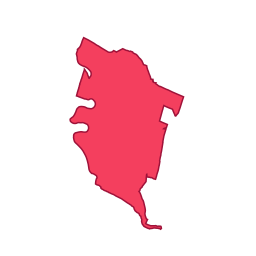 Iancu Jianu, Olt, Romania, rotated 227°
{"feature_id": "2599482B6640532934930", "entity_name": "Iancu Jianu", "entity_type": "district", "adm_level": 2, "iso_a3": "ROU", "parent_name": "Romania", "parent_adm1": "Olt", "projection": "equal_earth", "projection_center": [24.005, 44.501], "detail": "fine", "context": "isolated", "style": "filled", "palette": "rose", "viewbox_px": 256, "rotation_deg": 227, "n_neighbors": 0, "source": "geoboundaries", "source_scale": "gbopen_adm2", "svg_char_len": 5686}
<svg xmlns="http://www.w3.org/2000/svg" viewBox="0 0 256 256"><g transform="rotate(227 128 128)"><path d="M219.8,158.9L221.3,158.3L222.2,158.0L222.7,157.8L224.3,157.2L223.9,156.3L223.6,155.4L222.6,153.4L221.7,151.9L220.4,149.1L220.0,147.6L220.0,145.0L219.8,145.1L217.8,141.4L217.4,140.8L217.1,140.6L216.8,140.4L216.4,140.3L215.7,139.8L215.1,139.5L214.2,138.9L213.1,137.9L211.9,137.2L210.8,136.6L209.8,136.2L208.8,136.1L207.5,136.2L207.0,136.3L205.4,136.8L203.9,137.4L203.2,137.9L202.6,138.2L200.6,138.9L198.9,139.2L196.9,139.3L195.1,139.2L194.2,139.0L193.6,138.7L193.1,138.3L192.4,137.7L191.9,137.1L191.5,136.4L191.4,136.0L191.1,134.7L190.8,133.6L191.3,133.4L191.6,133.5L192.6,134.2L193.9,134.5L195.2,135.2L195.9,135.5L197.0,135.7L198.5,135.8L198.8,135.9L199.4,136.1L200.7,136.2L200.3,135.8L198.3,132.1L195.7,127.7L195.5,127.0L194.6,125.6L193.1,122.7L192.8,122.6L192.7,122.3L192.0,121.1L191.4,120.3L191.2,119.8L190.6,118.9L189.7,117.3L188.2,114.7L187.8,114.2L187.5,113.6L186.6,112.2L185.4,112.9L184.4,113.3L180.5,115.3L179.2,115.9L178.7,116.2L178.3,116.6L177.5,117.2L176.3,117.8L175.6,118.4L175.4,118.8L175.0,120.1L174.7,120.7L174.3,121.1L173.8,121.4L172.9,121.7L172.4,121.8L171.3,121.8L170.0,121.7L168.7,121.2L168.2,120.8L167.5,120.2L166.9,119.3L166.7,118.8L166.5,118.0L166.4,117.4L166.4,116.6L166.5,115.9L166.7,115.1L167.0,114.5L167.5,113.9L170.1,111.8L172.7,110.8L173.8,110.1L174.6,109.4L175.2,108.9L176.1,107.9L176.6,107.1L176.9,106.4L176.9,105.4L176.9,104.2L176.8,103.7L176.3,102.5L175.6,101.3L175.1,100.1L174.4,98.4L173.9,96.7L173.7,95.3L173.9,94.1L174.0,91.9L173.8,91.6L173.4,91.2L172.6,90.7L172.2,90.5L171.2,90.5L170.5,90.6L169.0,91.1L168.2,91.6L167.2,92.6L166.8,93.2L166.0,95.2L163.9,97.2L163.1,98.3L162.2,99.0L160.8,99.7L159.8,100.1L158.9,100.5L158.2,100.7L157.7,100.6L157.1,100.5L156.1,100.1L155.7,99.9L154.6,98.9L154.1,98.2L153.6,96.9L153.4,95.9L153.4,95.5L153.8,94.4L154.3,93.7L155.6,92.5L156.5,91.8L157.3,91.1L158.6,89.3L159.0,88.6L159.3,88.0L160.2,86.4L160.4,85.9L160.4,84.9L160.3,84.3L160.1,83.8L159.4,82.9L158.8,82.4L158.1,81.6L156.7,80.7L155.2,79.9L154.4,79.6L153.0,79.5L150.6,79.7L145.9,79.8L143.8,79.7L141.7,79.4L137.4,78.3L135.2,77.6L132.2,76.2L128.6,74.2L124.2,71.2L122.7,70.6L121.1,70.4L119.5,70.5L118.8,71.1L118.0,71.5L115.6,72.2L114.5,72.4L112.8,71.5L112.6,71.2L112.4,70.2L111.1,68.2L109.9,66.8L109.2,66.1L107.7,66.5L105.9,67.6L105.4,67.8L104.3,67.8L103.3,67.9L103.1,67.8L103.0,67.5L102.3,67.1L101.4,67.2L99.6,67.9L99.1,67.9L98.3,68.2L96.5,69.1L95.6,69.3L95.1,69.7L94.1,70.0L93.7,70.0L93.4,70.2L93.1,70.4L92.1,70.7L90.5,71.4L89.4,72.0L87.4,72.6L86.8,72.7L80.7,75.0L73.7,76.5L72.1,77.0L70.6,77.3L69.9,77.6L69.1,77.6L68.5,77.5L67.8,77.8L66.6,78.1L66.2,78.1L65.6,77.9L64.8,77.4L64.3,77.2L62.4,76.7L62.0,76.8L60.0,77.0L58.5,77.6L57.8,77.7L57.5,77.6L57.0,77.2L55.9,77.0L55.1,77.0L54.7,77.2L53.8,76.6L53.3,76.2L52.8,76.1L51.9,75.8L51.4,75.3L51.2,75.1L50.7,74.6L50.4,74.2L48.2,73.0L45.2,72.6L44.8,72.7L44.8,72.8L44.7,72.8L43.5,73.2L41.9,73.8L40.6,74.4L40.2,74.8L39.6,74.9L39.2,75.7L38.9,76.1L38.0,77.3L37.4,78.5L36.4,79.7L36.2,79.8L35.7,80.1L34.9,81.0L34.2,81.5L33.4,82.0L33.0,82.4L32.8,82.5L31.7,82.8L31.8,84.0L33.3,84.9L33.7,85.0L33.9,84.9L34.6,84.2L35.4,83.4L36.3,82.3L37.6,81.8L38.5,80.6L39.7,79.4L41.1,77.9L41.7,77.6L43.8,76.5L46.0,75.7L46.8,77.5L47.8,79.9L48.4,79.6L49.0,79.5L50.5,80.1L52.3,80.9L53.2,81.5L54.1,82.2L55.0,83.5L55.4,83.9L55.7,84.3L56.4,84.9L58.2,86.1L63.3,89.0L64.4,89.5L66.9,90.1L68.4,90.9L69.8,91.5L71.9,92.4L74.1,92.8L74.0,93.0L74.1,93.3L74.1,93.7L74.1,93.9L75.1,95.3L75.2,96.0L75.2,97.4L75.3,98.2L75.4,98.4L75.3,98.5L75.6,98.9L75.8,99.3L75.8,100.3L76.1,101.8L76.3,103.4L76.5,104.6L77.7,105.9L78.4,106.7L79.0,107.2L80.0,108.4L80.4,108.8L81.3,109.9L81.3,110.1L80.4,109.5L80.0,109.0L79.7,108.8L79.4,108.7L79.0,108.7L77.1,110.3L76.4,110.6L75.5,111.5L74.6,111.8L73.5,112.0L72.6,112.7L71.9,112.9L71.7,113.1L71.8,113.4L72.9,115.2L73.2,115.8L74.3,117.4L75.6,119.7L76.2,120.8L77.2,122.3L78.8,124.4L79.5,125.5L81.8,128.5L82.3,128.6L82.5,128.8L82.7,129.2L83.2,129.8L84.4,131.4L85.8,133.6L86.7,134.5L88.2,136.7L93.8,143.9L94.0,143.8L97.3,148.3L97.7,148.8L101.2,154.8L101.6,154.7L102.0,154.5L103.1,153.6L103.1,154.3L102.6,155.0L102.5,155.5L102.0,155.9L101.9,156.0L103.7,159.2L108.8,156.9L111.6,155.8L115.5,162.1L117.2,164.8L117.9,166.1L118.9,167.6L120.0,169.6L119.5,169.8L119.2,169.8L118.4,170.1L115.4,171.4L111.4,173.3L111.0,173.2L109.6,172.6L106.9,171.6L105.8,171.3L105.0,170.8L104.7,170.8L104.2,171.1L104.5,173.1L104.6,174.6L104.9,175.4L106.1,177.6L107.3,179.9L110.9,186.2L112.9,189.9L124.0,185.0L129.0,183.1L129.4,182.8L130.5,182.3L132.7,181.4L134.0,180.9L136.3,180.0L136.5,179.6L136.9,179.5L138.4,179.0L140.1,178.8L141.4,178.5L141.8,178.6L141.9,178.8L142.0,179.2L143.4,178.1L144.3,177.9L144.5,178.1L144.9,178.3L145.1,178.3L145.2,178.0L145.4,178.1L145.3,178.4L145.4,178.6L145.6,178.7L145.9,178.5L146.2,178.6L146.4,179.1L146.4,179.3L146.5,179.4L147.9,178.2L148.4,178.0L148.7,178.5L149.6,178.8L150.1,179.2L154.2,180.8L155.8,181.6L156.7,181.8L159.2,183.1L160.4,183.8L160.7,184.1L162.0,183.6L163.3,182.8L163.9,182.6L164.5,182.9L167.8,184.0L168.6,184.1L169.4,184.0L169.9,184.2L170.4,184.1L172.0,184.0L174.7,184.3L176.1,184.2L176.9,184.0L177.3,183.7L179.4,183.0L179.6,183.0L180.1,183.2L180.5,183.2L181.2,182.9L181.8,182.5L182.4,182.3L182.7,182.0L182.9,181.5L183.2,181.2L184.1,180.9L184.9,180.5L185.5,180.1L185.7,179.9L186.3,179.5L187.4,179.1L188.2,178.8L189.6,178.2L189.8,177.4L191.5,171.2L192.1,171.2L194.4,170.3L194.4,169.7L194.5,168.3L194.7,167.9L195.0,167.3L195.6,166.5L196.1,166.0L196.5,165.6L197.2,165.3L204.9,163.1L207.8,162.4L209.0,162.0L209.7,161.7L211.3,161.3L212.5,161.1L219.8,158.9Z" fill="#f43f5e" stroke="#9f1239" stroke-width="1.5"/></g></svg>